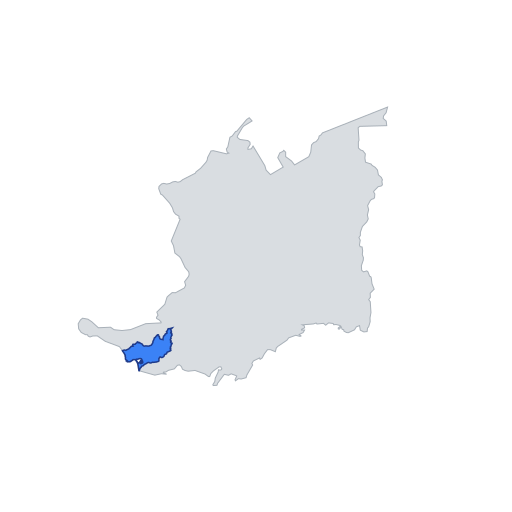 where Magdalena sits in Colombia, rotated 239°
{"feature_id": "COL-1416", "entity_name": "Magdalena", "entity_type": "Department", "adm_level": 1, "iso_a3": "COL", "parent_name": "Colombia", "parent_adm1": "", "projection": "robinson", "projection_center": [-74.235, 10.123], "detail": "fine", "context": "in_parent", "style": "filled", "palette": "blue", "viewbox_px": 512, "rotation_deg": 239, "n_neighbors": 0, "source": "natural_earth", "source_scale": "10m", "svg_char_len": 8511}
<svg xmlns="http://www.w3.org/2000/svg" viewBox="0 0 512 512"><g transform="rotate(239 256 256)"><path d="M288.4,79.4L284.1,81.4L275.7,83.9L269.9,94.6L265.9,96.4L261.1,102.8L257.5,110.6L254.8,126.6L247.6,140.1L248.2,140.7L251.0,140.1L253.7,138.6L254.7,139.1L255.7,141.5L259.0,142.1L261.6,153.0L266.6,158.6L267.1,160.7L267.8,165.3L266.0,168.0L265.5,178.1L267.1,180.6L270.8,181.6L273.3,187.8L274.8,189.3L277.1,190.2L282.6,189.3L292.4,190.3L294.8,190.1L300.3,188.0L307.3,190.6L312.5,191.1L326.6,209.9L328.0,209.4L329.8,210.5L333.3,208.6L336.4,208.2L340.4,209.2L345.7,209.2L356.4,207.2L358.0,206.2L363.8,207.3L365.6,208.7L366.4,212.2L365.8,214.3L363.7,216.5L362.6,219.4L362.4,222.8L361.4,225.3L359.5,227.0L358.8,229.3L359.2,232.5L358.2,246.7L359.0,247.9L359.7,253.7L362.1,261.3L363.3,263.5L365.4,265.3L369.2,271.5L368.3,273.6L358.7,283.4L358.2,285.7L360.0,284.8L363.0,285.7L364.0,288.0L371.2,294.8L371.1,297.4L373.2,302.6L372.8,303.7L377.8,318.3L378.0,321.4L373.8,322.2L373.7,312.5L373.1,310.5L368.4,301.8L367.4,301.1L364.3,302.1L359.1,308.5L356.7,309.4L354.7,308.5L352.8,304.7L351.5,304.0L350.3,307.2L351.8,310.1L328.9,310.1L324.4,308.9L318.3,310.3L318.2,325.1L329.1,325.3L332.1,329.5L331.8,333.0L332.3,334.2L329.7,334.9L325.9,332.6L319.1,335.4L314.2,336.0L313.9,352.4L316.8,356.4L322.6,360.8L323.5,363.7L323.1,366.5L324.4,370.1L326.3,371.9L326.3,374.0L327.3,376.4L315.9,445.5L311.8,441.3L310.4,437.5L308.4,435.9L304.6,437.1L300.4,435.2L313.7,411.7L313.3,409.6L302.2,403.9L301.1,402.5L295.8,399.4L292.9,400.3L291.2,401.8L287.2,402.3L283.9,399.8L280.0,398.2L275.4,402.1L274.0,402.1L270.7,403.8L267.1,404.4L262.5,402.7L258.8,403.9L256.2,403.6L255.2,402.4L251.9,401.0L251.5,399.4L252.5,396.5L251.0,390.8L250.5,389.8L248.0,389.8L245.0,387.7L244.5,386.5L245.1,384.1L244.5,382.2L241.7,377.6L237.7,376.4L233.8,372.6L230.0,371.3L228.2,368.5L226.5,362.4L222.5,357.6L219.8,356.0L218.8,353.7L215.9,353.5L212.1,350.3L210.3,350.1L209.1,351.6L205.5,350.1L202.4,347.8L199.2,347.2L197.2,345.8L193.4,341.3L189.3,339.2L187.0,340.0L186.2,343.3L184.8,343.8L180.1,343.0L179.3,343.7L178.1,343.6L172.4,341.1L166.7,340.2L165.3,334.7L161.6,332.7L160.6,330.1L158.0,330.4L148.3,325.4L144.3,321.9L140.9,320.0L137.3,316.1L136.8,314.5L134.0,312.3L135.4,309.3L138.7,307.2L143.0,308.9L143.6,305.5L142.0,302.4L142.7,295.6L143.9,294.1L146.3,292.7L147.7,293.2L148.7,292.1L152.2,292.6L153.3,292.1L156.0,289.4L157.1,287.2L158.4,287.4L161.3,283.7L160.8,280.1L163.5,279.2L166.3,273.2L167.6,273.0L168.2,270.2L173.2,260.2L171.4,261.4L169.4,260.7L169.7,257.3L169.1,256.9L167.5,259.5L166.1,256.9L166.5,252.6L164.3,253.4L164.4,252.4L167.6,249.2L169.0,241.8L167.9,239.2L167.3,228.1L166.7,226.0L164.0,223.3L168.3,220.1L169.8,217.7L167.9,212.9L165.4,208.7L165.3,206.3L166.8,206.5L167.4,199.7L166.0,197.1L164.3,197.0L158.7,186.9L156.8,184.8L158.2,179.9L159.9,177.8L159.6,174.1L160.7,174.3L163.1,177.7L164.0,177.1L167.8,174.0L167.9,171.0L170.9,167.9L166.7,157.6L165.3,155.9L167.0,152.6L168.0,152.8L169.6,156.0L172.3,158.2L176.1,163.9L177.8,165.2L176.6,166.5L176.4,167.9L176.9,168.6L179.1,168.8L180.0,167.2L179.4,160.2L178.5,156.7L176.5,154.2L177.1,153.2L181.1,151.5L189.3,144.8L192.2,138.5L194.4,136.2L196.8,134.7L199.8,135.1L202.1,134.3L202.8,132.3L201.3,127.9L203.1,122.0L203.0,118.9L204.1,117.1L203.7,116.4L200.7,118.5L203.8,114.3L206.0,107.9L218.0,96.6L225.8,99.3L228.3,99.1L225.1,100.5L224.6,102.2L225.7,103.9L226.9,104.4L227.9,103.3L230.5,96.7L230.9,93.0L232.0,91.8L233.7,91.3L241.3,92.9L248.6,92.3L260.4,82.9L269.3,78.8L271.5,74.9L272.1,72.0L273.7,70.9L275.4,70.9L276.4,69.3L280.5,66.8L284.9,66.5L289.5,68.7L291.6,72.6L292.0,75.3L288.4,79.4ZM152.3,291.4L151.8,291.9L150.8,291.0L150.4,289.9L151.0,289.0L151.9,289.3L152.3,291.4Z" fill="#d9dde1" stroke="#a8b0b8" stroke-width="1"/><path d="M218.0,97.1L218.0,96.8L217.9,96.7L218.0,96.6L218.5,96.8L219.0,97.0L220.1,97.4L222.0,98.3L223.5,98.9L224.5,99.1L225.5,99.3L226.8,99.4L228.2,99.3L228.9,99.2L228.7,99.5L227.7,99.7L225.7,99.6L225.3,99.5L225.1,99.5L224.9,99.6L224.8,99.8L224.8,100.1L224.8,100.3L224.6,100.4L224.6,100.7L224.8,101.4L225.3,102.4L225.0,102.3L224.7,101.9L224.4,101.7L224.2,102.0L224.0,101.7L223.6,101.7L223.3,101.6L223.1,101.7L223.0,102.1L222.9,102.5L222.8,102.8L222.8,103.5L222.8,103.8L222.9,104.0L223.2,103.9L223.3,103.5L223.4,103.1L223.6,102.9L223.6,103.1L223.7,103.3L223.8,103.4L224.0,103.4L224.0,103.6L224.0,104.5L224.3,104.6L224.7,104.6L224.9,104.4L225.0,104.0L224.8,104.1L224.6,104.1L224.5,103.9L224.4,103.5L224.5,103.2L224.8,102.8L224.7,102.6L225.1,102.7L225.4,103.0L225.5,103.4L225.6,104.5L225.8,104.8L226.1,104.8L226.9,104.8L227.0,104.7L227.6,104.2L227.7,103.9L228.3,102.8L228.3,102.6L228.3,102.0L228.5,101.5L228.5,101.3L228.6,101.2L228.9,100.8L229.0,100.7L229.1,99.8L229.3,99.3L230.5,97.2L230.5,96.8L230.3,96.4L230.2,96.2L230.3,95.6L230.3,95.3L230.3,95.1L230.1,94.7L230.1,94.4L230.3,94.2L230.3,93.9L230.2,93.9L230.2,93.6L230.3,93.3L230.6,92.9L230.8,92.7L230.9,92.4L231.2,91.8L231.5,91.8L231.9,91.8L231.8,91.2L232.0,91.2L232.0,91.4L232.0,91.5L232.3,91.4L232.4,91.2L232.4,91.3L232.5,91.3L232.7,90.9L232.9,91.1L233.0,91.4L233.2,91.5L233.4,91.4L233.5,91.2L233.8,91.2L234.0,91.0L234.1,90.9L234.3,90.9L234.8,91.0L235.2,91.1L235.5,91.4L235.9,91.8L236.0,91.8L236.9,92.0L237.6,92.5L238.4,92.8L240.8,92.9L243.0,92.7L243.6,92.7L243.6,92.8L243.6,93.4L243.2,94.7L243.1,94.9L243.0,95.0L242.9,95.1L242.6,95.4L242.5,95.5L242.4,95.6L242.2,95.7L242.1,95.9L242.2,96.2L242.2,96.5L242.1,97.9L242.0,98.3L241.9,98.8L241.9,99.1L242.1,99.7L242.2,99.9L242.3,100.9L242.8,102.6L242.8,102.8L242.1,103.9L242.0,104.3L242.4,104.3L242.8,104.3L243.1,104.4L243.4,104.6L243.6,104.9L243.7,105.2L243.4,105.6L243.2,105.9L242.6,107.0L242.8,107.4L242.9,107.8L243.0,108.6L243.0,108.9L242.9,109.3L243.0,109.5L243.3,109.7L243.5,109.9L243.5,110.1L243.3,110.3L242.9,110.6L242.3,110.8L242.1,110.8L242.1,111.0L241.9,111.4L241.8,111.6L241.5,111.6L241.3,111.6L241.1,111.7L240.8,112.1L240.5,112.2L240.2,112.3L239.5,112.9L238.7,113.1L238.4,113.1L238.2,113.0L237.7,113.1L237.0,113.3L236.8,113.4L236.5,113.7L236.1,114.1L236.0,114.5L235.8,115.1L235.6,115.4L235.0,116.2L234.7,116.7L234.4,116.9L234.2,117.4L233.9,117.9L233.8,119.0L233.6,119.7L233.5,120.0L233.5,120.3L233.6,120.6L234.2,121.8L234.7,122.7L234.9,123.0L235.2,123.2L235.5,123.4L235.9,123.7L237.0,125.5L238.1,126.6L238.2,127.2L238.2,127.3L238.0,127.7L238.6,128.8L239.2,130.9L238.9,131.4L238.8,131.2L238.7,131.1L238.5,130.9L238.4,130.9L237.5,131.5L237.4,131.6L237.2,131.6L236.3,131.6L236.1,131.5L235.8,131.2L235.7,131.2L235.3,131.2L235.1,131.1L234.8,131.0L234.4,131.1L234.1,131.2L233.7,131.5L232.7,132.7L232.2,133.2L233.3,133.9L234.1,134.8L234.5,135.1L234.9,135.5L235.0,136.7L235.2,137.2L235.4,137.4L235.6,137.5L235.8,137.8L235.8,138.6L235.9,138.8L235.9,139.0L235.7,139.3L235.6,139.5L235.7,139.8L235.8,140.1L236.1,140.2L236.9,140.4L237.0,140.4L237.3,140.3L237.4,140.5L237.5,140.9L237.6,141.4L237.8,141.8L238.4,142.5L238.9,143.3L238.4,144.1L238.2,144.8L238.0,145.2L237.5,147.1L237.3,146.5L237.2,145.8L237.5,145.1L236.9,144.9L235.2,144.8L234.6,144.4L234.7,144.0L234.5,143.7L234.2,143.5L234.0,143.3L233.7,143.8L233.1,143.9L232.4,143.7L231.8,143.4L232.1,143.2L231.8,142.9L231.0,142.4L230.7,142.0L230.1,141.0L229.8,140.8L229.0,140.7L228.9,140.5L228.8,139.9L228.7,139.7L228.3,139.4L227.8,139.3L227.5,139.2L227.2,139.3L226.9,139.5L226.6,139.4L226.5,139.2L226.4,138.6L226.3,138.4L225.6,138.4L225.3,138.4L225.0,138.6L224.9,138.8L224.7,139.1L224.4,139.1L224.2,139.0L224.1,138.8L223.9,138.6L223.8,137.9L223.5,137.5L222.8,137.0L222.6,136.9L222.5,136.7L222.4,136.4L222.4,136.2L222.2,135.8L221.8,135.6L221.7,135.6L221.4,135.6L221.3,135.4L221.2,135.1L221.1,134.9L220.8,134.8L220.6,134.7L220.3,134.8L220.1,135.0L219.7,134.4L219.5,134.2L218.9,134.3L218.8,133.5L219.1,131.4L219.3,130.5L219.3,130.2L219.0,129.8L218.5,129.3L218.3,128.9L218.3,128.5L218.4,128.0L218.5,127.5L218.6,127.0L218.5,126.7L217.8,125.9L217.6,125.7L217.4,125.2L217.3,124.7L217.3,123.7L217.4,123.2L217.5,122.9L217.7,122.7L218.4,122.3L218.7,122.1L218.8,121.8L218.8,121.2L218.6,120.9L218.4,120.8L218.2,120.1L218.0,119.8L217.9,119.7L217.7,119.6L217.1,119.4L216.6,119.1L216.3,118.9L216.0,118.7L216.0,118.0L216.0,117.5L216.3,116.8L216.4,116.0L216.6,115.7L217.6,113.4L217.9,113.0L218.2,112.6L218.3,112.1L218.4,111.0L218.8,110.2L220.0,109.3L220.3,108.5L220.4,108.0L220.3,106.6L220.5,104.6L220.5,104.2L220.4,104.0L220.1,103.0L220.1,102.7L220.2,102.1L220.3,101.7L220.4,101.3L220.3,100.9L220.1,100.6L219.9,100.4L219.7,100.1L219.6,99.2L219.4,98.8L219.0,98.2L218.2,97.4L218.0,97.1Z" fill="#3b82f6" stroke="#1e3a8a" stroke-width="1.5"/></g></svg>